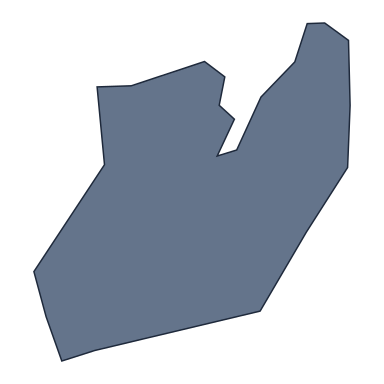 Sha Tin, Robinson projection
{"feature_id": "HKG-5163", "entity_name": "Sha Tin", "entity_type": "state/province", "adm_level": 1, "iso_a3": "HKG", "parent_name": "Hong Kong S.A.R.", "parent_adm1": "", "projection": "robinson", "projection_center": [114.207, 22.389], "detail": "fine", "context": "isolated", "style": "filled", "palette": "slate", "viewbox_px": 384, "rotation_deg": 0, "n_neighbors": 0, "source": "natural_earth", "source_scale": "10m", "svg_char_len": 405}
<svg xmlns="http://www.w3.org/2000/svg" viewBox="0 0 384 384"><path d="M204.5,61.5L224.8,76.9L219.2,105.3L234.4,119.2L217.2,156.0L236.7,150.0L261.0,97.0L294.8,61.9L307.2,23.6L324.7,23.0L348.5,40.4L350.1,105.5L347.6,167.5L306.3,232.2L260.1,311.1L143.3,338.9L94.7,350.5L61.8,361.0L46.1,316.7L33.9,271.6L104.5,164.7L97.1,86.9L131.2,85.8L204.5,61.5Z" fill="#64748b" stroke="#1e293b" stroke-width="1.5"/></svg>